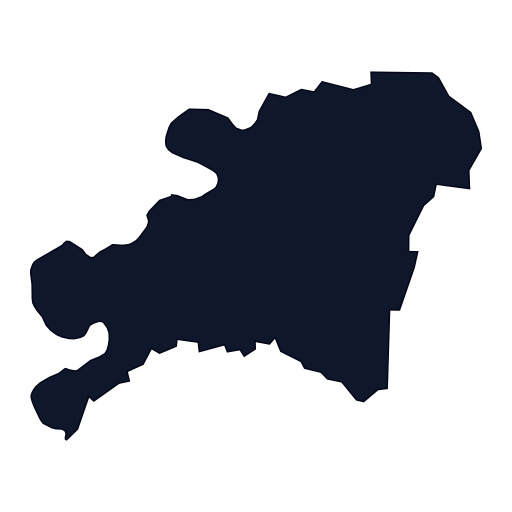 the district of Lauderdale, Tennessee, United States of America
{"feature_id": "52423323B2530674009374", "entity_name": "Lauderdale", "entity_type": "district", "adm_level": 2, "iso_a3": "USA", "parent_name": "United States of America", "parent_adm1": "Tennessee", "projection": "orthographic", "projection_center": [-89.758, 35.743], "detail": "fine", "context": "isolated", "style": "filled", "palette": "ink", "viewbox_px": 512, "rotation_deg": 0, "n_neighbors": 0, "source": "geoboundaries", "source_scale": "gbopen_adm2", "svg_char_len": 2238}
<svg xmlns="http://www.w3.org/2000/svg" viewBox="0 0 512 512"><path d="M478.8,131.7L470.7,112.5L448.7,96.2L438.4,77.7L432.0,73.0L371.0,72.2L371.5,84.3L353.4,89.8L322.1,81.8L314.2,92.0L301.3,89.5L285.8,97.3L269.1,93.6L259.3,111.3L257.5,119.8L255.0,123.4L251.6,127.0L249.9,128.0L244.2,130.2L241.3,130.2L235.9,128.1L232.4,124.2L227.8,118.0L208.3,109.7L189.2,109.2L178.3,117.0L171.4,123.1L169.2,127.2L167.1,133.5L166.2,136.6L165.7,140.7L165.9,144.5L166.5,146.6L168.7,149.8L172.4,152.7L183.3,157.5L197.8,162.2L212.5,170.1L216.1,172.9L217.1,174.3L218.2,177.2L218.5,179.6L218.0,183.2L216.4,186.8L214.8,188.6L204.7,194.6L202.2,196.6L194.5,199.4L187.9,199.8L177.1,195.6L171.6,194.9L171.6,196.4L159.7,200.4L149.1,211.4L147.0,215.3L148.6,220.5L148.5,222.8L147.0,227.0L139.7,236.9L137.1,239.8L135.9,240.9L131.0,243.8L128.3,244.7L122.5,245.4L112.7,244.7L104.4,249.7L99.9,252.0L93.4,257.6L90.2,257.5L85.6,254.3L82.3,249.7L69.6,241.6L66.4,241.3L64.1,243.2L62.4,245.3L37.0,260.0L34.3,262.1L32.7,264.6L30.9,269.7L30.7,273.2L32.1,284.1L32.3,298.6L32.9,303.0L34.7,306.7L37.0,310.3L42.4,316.9L46.3,325.3L50.9,330.4L56.9,334.7L62.3,337.0L69.0,338.5L74.3,338.7L80.4,337.3L83.0,336.2L84.5,334.9L86.0,332.8L89.2,326.2L90.2,325.0L93.9,322.9L99.2,321.2L101.8,321.5L103.5,322.4L107.4,327.8L109.1,332.9L109.3,339.3L108.6,344.7L107.1,350.1L105.1,353.5L99.8,356.8L90.6,360.5L77.6,370.4L75.7,371.0L73.6,370.8L69.1,369.9L65.7,368.6L64.6,369.0L59.2,373.3L49.8,377.3L40.3,382.8L36.1,386.5L33.9,389.4L32.0,392.8L31.2,395.7L31.2,397.3L32.1,400.9L33.9,405.8L39.2,417.0L40.7,419.9L43.2,423.3L52.1,427.8L55.8,428.7L60.7,428.9L63.0,429.4L65.5,431.4L66.1,434.5L65.4,437.2L65.5,439.3L66.6,439.8L77.5,429.1L88.8,396.4L93.8,401.0L118.9,383.2L129.3,381.0L127.1,371.5L143.1,364.2L151.4,348.4L159.5,353.2L176.2,346.2L177.0,339.2L198.3,342.2L199.3,351.6L224.6,344.7L227.4,351.8L240.0,349.6L244.2,356.2L255.3,349.0L255.0,341.3L269.5,344.0L275.1,337.4L280.8,351.3L301.1,361.5L304.6,368.2L321.0,372.2L327.5,378.9L341.8,381.9L356.5,399.9L363.7,401.6L377.9,389.6L387.2,388.4L389.6,309.9L399.5,310.0L414.2,267.5L417.7,251.8L408.6,251.6L408.8,235.2L423.6,205.5L433.6,196.6L436.2,184.2L469.5,188.6L468.8,170.4L481.3,148.5L478.8,131.7Z" fill="#0f172a" stroke="#020617" stroke-width="1.5"/></svg>